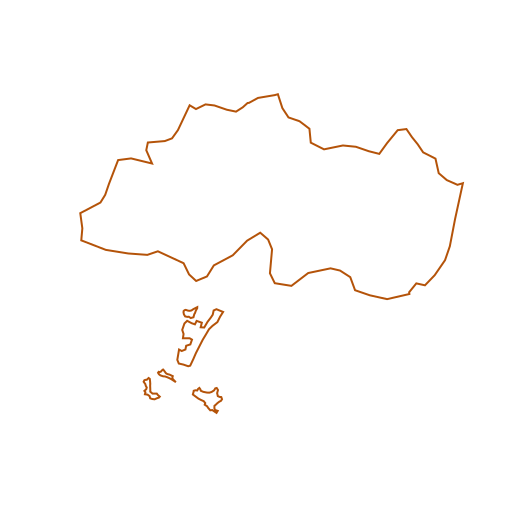 Boryeong-si, South Chungcheong, South Korea, rotated 289°
{"feature_id": "91817680B78801700081843", "entity_name": "Boryeong-si", "entity_type": "district", "adm_level": 2, "iso_a3": "KOR", "parent_name": "South Korea", "parent_adm1": "South Chungcheong", "projection": "natural_earth1", "projection_center": [126.462, 36.341], "detail": "fine", "context": "isolated", "style": "outline", "palette": "amber", "viewbox_px": 512, "rotation_deg": 289, "n_neighbors": 0, "source": "geoboundaries", "source_scale": "gbopen_adm2", "svg_char_len": 2989}
<svg xmlns="http://www.w3.org/2000/svg" viewBox="0 0 512 512"><g transform="rotate(289 256 256)"><path d="M376.9,144.2L349.6,141.2L339.9,138.3L335.0,132.4L328.1,116.8L320.3,117.8L309.6,127.6L307.6,106.1L301.8,94.4L276.4,93.5L264.7,93.5L255.9,91.5L239.3,75.9L225.6,82.8L213.9,85.7L212.9,112.0L216.8,134.4L221.7,152.9L228.5,161.7L225.6,189.9L216.8,198.7L212.9,207.5L220.7,216.3L233.4,219.2L249.1,233.8L267.6,242.6L279.4,252.4L275.5,262.1L267.6,269.0L244.2,274.8L236.4,282.6L239.3,299.2L256.9,310.9L268.6,330.5L269.6,340.2L266.7,352.0L255.9,360.8L255.9,376.4L257.9,394.0L270.0,413.4L271.6,412.6L282.3,416.5L283.3,425.3L296.0,431.2L313.6,436.1L328.3,436.1L355.7,432.2L392.2,427.9L388.9,423.3L389.9,411.6L393.8,401.8L406.5,394.0L408.4,380.3L414.3,372.5L419.2,364.7L425.0,356.9L421.1,349.0L405.5,343.2L392.7,339.3L391.8,328.5L391.8,314.9L388.8,302.2L379.0,285.6L381.0,270.9L393.7,265.1L397.6,253.3L397.6,241.6L404.4,232.8L416.1,224.0L414.2,221.3L406.1,206.4L398.5,199.5L397.9,198.2L392.3,195.1L386.0,190.1L384.8,180.8L384.8,167.7L382.9,158.9L375.4,151.4L376.9,144.2ZM175.3,221.0L171.5,220.5L171.5,217.1L172.3,212.0L168.9,210.3L162.1,210.3L158.7,212.9L154.4,213.7L156.6,220.1L156.1,222.7L151.0,222.7L148.4,219.2L144.6,219.7L142.0,216.7L142.5,213.7L132.2,215.4L129.2,218.0L129.7,222.7L129.7,227.8L130.9,229.5L138.2,230.3L144.6,230.8L153.1,232.0L159.5,232.9L165.5,234.2L171.5,235.4L175.8,237.6L180.9,241.0L186.9,241.8L192.4,243.1L192.8,235.9L190.7,233.7L186.4,234.2L183.0,233.3L177.9,231.6L171.5,230.3L170.6,226.9L175.3,226.5L175.3,221.0ZM111.1,265.5L113.7,263.9L116.9,263.7L118.4,261.8L117.6,260.6L115.3,260.1L113.0,258.3L111.6,256.4L110.9,254.1L110.4,250.4L110.6,247.7L111.8,246.8L112.8,245.4L111.4,244.5L109.7,244.2L109.3,242.4L108.3,241.0L107.1,241.2L104.5,241.4L102.4,248.0L102.0,250.8L101.7,253.9L100.4,255.9L98.7,255.9L98.0,258.7L96.8,260.2L95.2,263.0L96.1,264.8L95.7,266.3L94.8,269.7L97.1,270.2L97.1,267.4L98.5,266.2L100.8,265.5L102.5,266.5L104.3,267.4L106.4,268.8L107.6,270.0L109.5,270.5L111.3,269.1L110.9,267.4L111.1,265.5ZM105.2,195.6L105.7,194.2L103.4,193.0L102.9,191.8L102.2,190.9L100.5,190.7L98.9,193.0L97.3,194.1L96.1,195.5L94.3,195.6L92.1,194.4L91.2,195.8L89.1,196.0L89.6,198.6L88.9,201.0L87.0,202.3L87.0,204.4L87.5,206.8L89.3,208.7L90.5,210.3L91.7,210.8L92.6,208.5L93.6,207.0L92.2,203.0L93.3,200.2L95.4,199.5L99.0,198.1L100.8,197.6L102.9,196.7L105.2,195.6ZM185.4,214.1L183.5,212.7L182.6,211.2L182.2,209.5L182.2,208.0L182.2,207.1L181.5,206.1L180.4,205.5L179.1,205.8L177.4,206.8L175.8,208.7L176.1,211.0L176.7,212.2L176.1,214.5L177.7,216.8L180.9,216.6L182.2,216.9L184.7,216.9L187.5,217.4L188.5,217.1L185.4,214.1ZM112.0,218.5L112.9,216.9L114.4,216.4L115.3,216.4L115.7,212.9L115.5,210.6L115.8,209.1L116.9,207.5L117.9,206.1L118.4,205.1L117.4,204.4L115.7,203.7L114.8,202.6L114.8,201.7L113.7,201.4L112.7,202.6L112.5,203.0L112.0,204.5L112.0,207.3L112.5,209.2L112.5,211.5L112.3,213.6L112.0,215.9L111.1,219.5L110.6,221.3L112.0,218.5Z" fill="none" stroke="#b45309" stroke-width="2"/></g></svg>